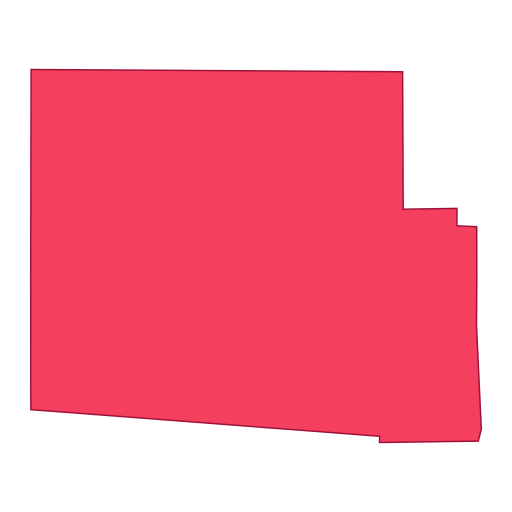 outline of Hardin, Ohio, United States of America
{"feature_id": "52423323B45782198481298", "entity_name": "Hardin", "entity_type": "district", "adm_level": 2, "iso_a3": "USA", "parent_name": "United States of America", "parent_adm1": "Ohio", "projection": "robinson", "projection_center": [-83.573, 40.662], "detail": "fine", "context": "isolated", "style": "filled", "palette": "rose", "viewbox_px": 512, "rotation_deg": 0, "n_neighbors": 0, "source": "geoboundaries", "source_scale": "gbopen_adm2", "svg_char_len": 340}
<svg xmlns="http://www.w3.org/2000/svg" viewBox="0 0 512 512"><path d="M478.3,441.1L481.3,429.0L476.5,325.5L476.8,277.8L476.7,226.7L456.9,225.8L457.0,208.4L403.2,209.2L402.6,71.8L383.7,71.6L31.1,69.5L30.7,276.4L30.8,401.6L30.9,409.7L54.1,411.4L379.7,436.3L379.5,442.5L478.3,441.1Z" fill="#f43f5e" stroke="#9f1239" stroke-width="1.5"/></svg>